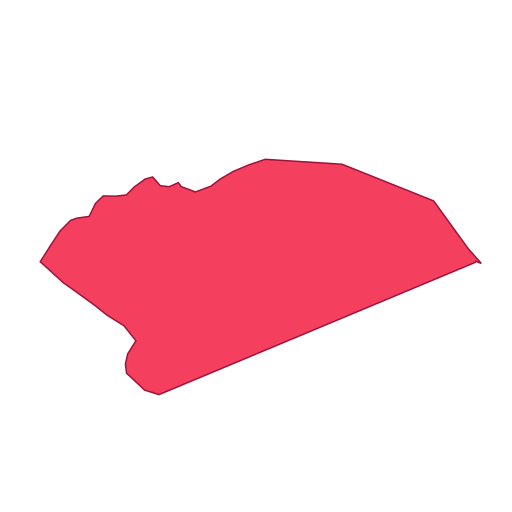 the district of Asomatos Lemesou, Cyprus, rotated 324°
{"feature_id": "46923920B94310568342837", "entity_name": "Asomatos Lemesou", "entity_type": "district", "adm_level": 2, "iso_a3": "CYP", "parent_name": "Cyprus", "parent_adm1": "", "projection": "equal_earth", "projection_center": [32.967, 34.63], "detail": "fine", "context": "isolated", "style": "filled", "palette": "rose", "viewbox_px": 512, "rotation_deg": 324, "n_neighbors": 0, "source": "geoboundaries", "source_scale": "gbopen_adm2", "svg_char_len": 711}
<svg xmlns="http://www.w3.org/2000/svg" viewBox="0 0 512 512"><g transform="rotate(324 256 256)"><path d="M433.9,394.4L432.0,375.4L432.1,315.9L431.2,314.4L379.6,232.4L320.3,183.2L304.0,178.1L287.4,174.2L272.2,172.7L260.7,173.0L244.7,168.6L236.3,156.0L236.3,151.0L226.5,148.9L219.9,142.9L218.8,131.3L211.5,128.6L204.6,128.6L197.9,128.6L187.0,130.4L177.5,125.0L167.7,117.6L162.3,118.3L157.1,119.1L144.3,125.9L133.2,120.0L126.9,118.2L112.2,120.6L97.3,126.2L78.1,133.8L84.5,164.7L87.2,172.6L90.2,181.7L96.6,201.4L100.9,216.9L108.2,234.9L109.0,254.0L94.6,259.8L86.8,266.7L82.4,274.7L85.5,290.6L87.0,299.0L96.0,311.1L429.6,390.0L430.6,389.4L433.9,394.4Z" fill="#f43f5e" stroke="#9f1239" stroke-width="1.5"/></g></svg>